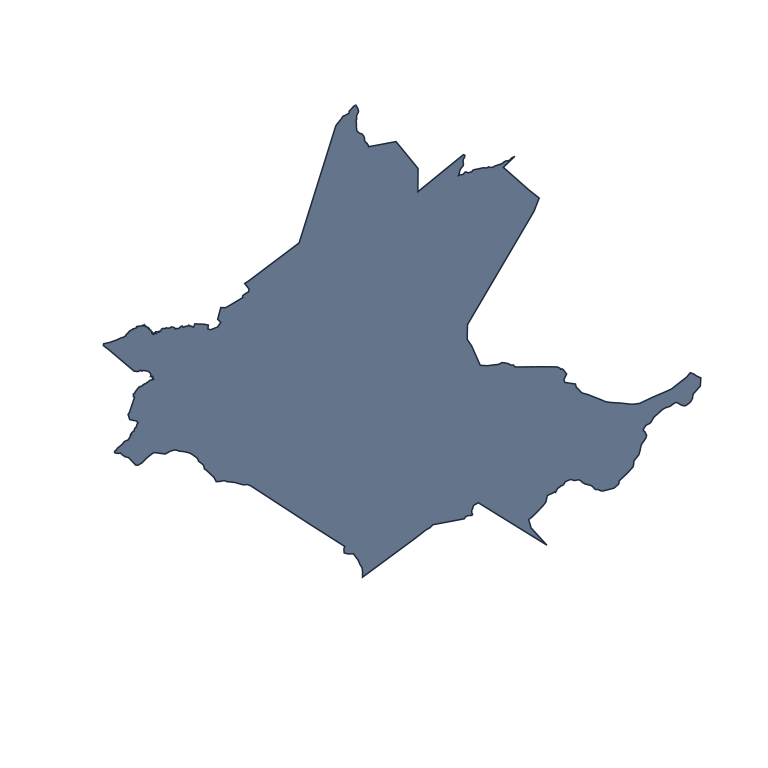 Heroica Ciudad de Tlaxiaco, Oaxaca, Mexico (Natural Earth projection), rotated 229°
{"feature_id": "50627088B37412880496873", "entity_name": "Heroica Ciudad de Tlaxiaco", "entity_type": "district", "adm_level": 2, "iso_a3": "MEX", "parent_name": "Mexico", "parent_adm1": "Oaxaca", "projection": "natural_earth1", "projection_center": [-97.668, 17.235], "detail": "fine", "context": "isolated", "style": "filled", "palette": "slate", "viewbox_px": 768, "rotation_deg": 229, "n_neighbors": 0, "source": "geoboundaries", "source_scale": "gbopen_adm2", "svg_char_len": 6135}
<svg xmlns="http://www.w3.org/2000/svg" viewBox="0 0 768 768"><g transform="rotate(229 384 384)"><path d="M470.0,632.2L470.8,628.8L470.5,625.2L472.5,622.1L472.9,620.2L472.8,618.2L473.7,615.6L475.7,611.0L476.0,609.2L476.5,608.0L477.4,606.5L479.2,605.5L479.6,603.5L480.6,602.2L481.5,601.5L482.9,599.4L485.3,594.8L486.0,593.9L487.1,591.2L486.5,589.2L487.3,588.2L487.9,586.3L490.3,585.0L490.8,583.9L490.4,582.2L490.4,581.0L491.6,579.2L492.5,576.9L493.9,579.5L494.9,580.6L495.5,581.7L496.3,583.8L496.8,587.0L497.7,588.2L499.2,589.0L501.5,591.0L502.2,593.5L503.6,595.1L505.0,594.4L506.9,535.7L524.3,551.1L559.1,552.1L573.2,528.0L574.2,528.8L575.7,528.8L576.8,529.2L577.8,528.7L580.7,529.1L582.0,530.4L584.1,531.3L586.8,531.5L589.7,530.0L592.1,529.6L593.3,529.8L594.2,530.6L595.8,531.5L598.4,533.9L601.1,535.7L601.7,537.1L604.3,539.1L605.4,541.4L605.8,542.7L606.7,543.9L609.4,545.1L613.0,545.7L613.5,543.2L612.8,538.6L612.8,536.7L611.5,535.7L611.4,534.3L611.8,532.9L612.2,530.9L612.8,529.6L612.9,528.1L612.0,525.2L610.8,517.9L609.8,515.9L546.2,412.5L550.6,349.3L551.3,344.8L544.0,344.4L542.4,342.0L543.0,339.7L543.4,335.5L543.0,334.9L541.9,334.2L544.8,317.9L545.6,314.4L548.8,311.0L542.0,300.9L537.6,301.2L536.2,295.8L538.7,288.7L541.1,287.2L543.7,290.1L547.0,287.6L552.6,281.6L553.5,280.9L553.0,279.5L552.0,278.3L551.9,277.8L552.7,276.7L553.5,276.9L555.2,275.7L556.1,275.4L555.7,275.2L558.0,271.7L557.8,271.2L558.2,270.5L558.5,269.6L560.1,269.9L560.6,269.0L560.6,266.2L561.0,264.9L561.8,263.9L562.3,263.6L562.4,262.6L563.9,262.8L564.5,262.6L566.2,261.4L566.8,260.7L566.7,259.4L566.9,258.8L568.6,256.9L569.1,256.7L569.5,256.3L569.3,255.1L570.5,254.2L571.3,253.1L571.4,251.9L570.5,250.4L570.8,249.5L571.5,248.8L571.4,248.3L570.8,248.2L571.3,247.5L572.3,247.1L573.3,246.0L573.1,245.4L571.6,245.2L572.4,244.6L573.1,244.5L573.2,243.5L573.0,243.1L572.6,243.1L572.7,242.7L573.0,242.5L573.3,243.1L573.5,243.0L573.1,242.5L573.7,242.5L574.0,242.3L574.8,242.1L575.0,242.2L574.8,243.1L576.1,243.1L576.8,242.9L577.6,243.3L577.8,243.0L579.0,242.7L579.6,243.1L579.8,242.8L580.4,242.6L580.7,243.1L581.0,243.2L581.3,242.8L581.0,242.1L581.5,242.9L581.9,242.5L582.8,242.5L584.1,242.1L584.1,241.7L585.1,242.1L585.4,241.9L585.4,241.2L586.1,241.7L586.1,240.8L586.7,240.3L587.0,239.3L587.0,238.5L587.5,238.2L588.6,236.8L588.6,236.3L589.3,235.7L589.1,235.3L589.1,235.0L589.5,234.8L588.8,234.1L588.8,233.8L589.4,232.8L589.5,232.1L589.9,231.1L590.3,230.9L590.3,230.4L590.1,230.0L590.6,228.4L590.8,226.7L591.0,226.6L590.5,225.2L590.6,224.9L590.3,224.0L590.6,223.7L590.6,223.1L590.3,222.4L590.3,221.3L589.8,220.9L589.9,220.0L590.2,219.1L590.2,218.1L590.5,217.3L590.9,216.6L591.2,216.4L592.6,211.3L595.3,204.3L598.3,198.8L597.2,197.4L591.0,198.7L557.7,203.8L557.2,204.1L557.2,204.5L555.4,205.7L554.4,207.4L554.3,208.8L554.1,209.3L553.7,209.5L553.4,209.3L552.8,209.5L552.4,209.9L552.4,211.0L548.6,214.2L545.8,214.8L544.9,214.5L543.0,213.3L542.8,212.8L542.0,214.1L541.7,214.2L541.7,213.5L540.8,213.3L539.8,213.8L539.6,213.5L539.9,213.1L538.8,213.1L539.0,212.8L539.1,212.2L540.4,209.9L540.4,206.3L540.7,206.1L540.5,205.5L540.8,203.8L541.1,203.6L541.5,201.6L541.3,201.4L541.3,199.8L542.2,198.4L542.1,197.7L542.5,197.0L542.2,196.4L542.3,196.2L542.0,194.1L541.8,193.8L541.4,191.3L541.0,190.8L540.7,190.0L540.9,188.5L540.5,187.8L539.9,187.8L539.0,186.6L537.7,187.1L529.5,173.0L529.0,170.9L524.0,168.7L518.3,173.0L516.2,172.6L515.9,172.7L515.7,171.2L514.1,168.8L514.2,167.9L514.0,167.6L514.0,166.7L513.2,165.3L512.5,164.6L512.5,164.3L512.8,163.7L512.8,162.9L512.6,162.6L512.7,161.5L512.1,159.5L511.6,159.8L511.6,159.2L510.9,158.0L509.7,154.3L510.7,151.2L510.9,149.0L510.3,148.3L510.3,143.1L510.5,141.8L510.4,140.4L510.0,139.5L510.0,137.3L509.6,136.0L508.3,135.8L505.7,138.1L505.0,139.7L501.8,140.1L498.8,140.9L496.2,142.9L485.7,143.4L484.1,145.0L483.2,149.7L483.8,156.0L483.5,163.5L483.0,165.6L474.7,172.9L473.4,179.0L472.4,180.8L471.9,182.3L469.4,184.6L467.8,185.2L464.5,188.4L459.9,191.8L456.7,193.0L451.3,194.3L448.8,194.0L447.4,193.4L442.6,194.4L440.9,194.4L437.6,192.7L435.9,193.3L425.1,194.4L420.3,193.3L417.5,197.1L416.4,199.4L414.9,200.8L413.4,201.3L407.7,206.7L400.1,211.7L397.9,214.8L394.9,216.5L327.1,235.9L287.1,247.8L285.8,245.4L282.6,243.1L279.3,245.4L275.9,249.5L268.0,248.9L263.7,247.5L260.0,246.9L256.8,245.0L252.3,241.0L247.0,306.8L246.4,319.5L245.4,324.2L245.7,328.6L229.6,356.1L230.1,357.8L230.1,359.0L229.7,360.7L228.9,362.0L227.7,363.2L227.2,364.3L227.6,365.4L229.2,365.7L231.1,367.4L231.9,369.5L232.7,370.3L233.6,372.1L232.7,376.1L232.7,377.2L155.5,401.2L178.9,400.6L186.8,404.3L186.5,408.4L186.9,415.0L187.8,424.5L188.8,428.9L192.7,434.1L191.0,439.6L190.6,441.9L189.6,442.2L191.3,446.5L190.9,449.1L191.1,450.7L190.4,451.8L190.2,453.6L191.2,456.1L191.0,458.0L189.7,461.8L188.8,462.8L186.3,464.2L184.4,467.5L183.6,468.3L182.1,469.0L179.3,469.1L177.7,469.9L176.3,470.2L175.3,471.2L174.1,471.8L171.2,473.9L168.3,474.2L166.8,474.1L165.5,474.4L164.2,476.1L161.1,477.6L159.9,478.6L159.0,480.2L154.5,489.2L154.5,495.4L155.3,496.7L156.6,497.7L157.0,508.4L158.0,517.4L158.8,518.7L159.9,520.1L161.5,521.5L162.3,523.4L163.3,529.7L165.7,533.5L168.4,537.0L169.9,539.8L170.1,541.5L171.4,546.1L172.8,548.4L176.6,549.6L178.3,549.2L179.3,549.5L180.1,551.5L181.0,554.4L180.0,558.5L179.9,560.2L181.4,564.3L181.9,566.4L182.0,577.7L181.3,581.0L179.4,585.4L179.3,588.4L178.8,591.4L178.1,592.8L175.9,593.6L174.1,594.1L172.5,594.8L170.2,596.5L169.6,598.5L169.3,602.1L169.7,604.8L170.9,607.6L172.5,609.3L173.6,611.0L174.9,621.4L180.8,627.2L184.4,625.4L188.7,624.2L191.6,622.6L190.6,616.8L191.1,609.3L191.6,597.9L193.5,591.4L198.0,577.4L201.7,564.1L205.0,559.2L207.1,556.8L214.5,550.0L220.9,543.4L224.6,540.2L227.2,538.6L228.8,538.0L242.6,530.8L247.5,527.5L255.7,527.1L258.4,528.5L266.5,521.5L269.3,522.7L271.7,528.4L276.9,528.7L278.7,528.3L278.9,527.1L280.7,527.1L283.3,525.9L293.7,514.2L309.7,495.4L311.4,493.9L313.4,494.2L314.9,492.2L318.0,491.1L321.2,488.6L322.7,487.2L323.7,483.3L325.7,480.4L330.0,474.0L335.0,468.9L355.1,475.1L363.1,476.1L374.0,485.9L415.9,610.5L422.5,623.1L435.9,620.6L469.2,616.2L470.0,632.2Z" fill="#64748b" stroke="#1e293b" stroke-width="1.5"/></g></svg>